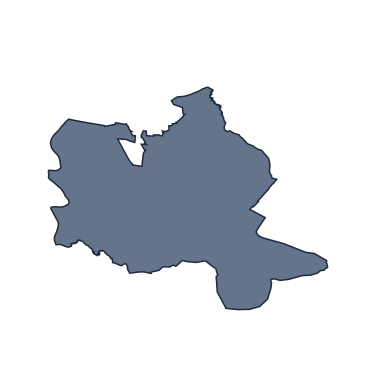 outline of Kauguru pag., Beverinas, Latvia, rotated 13°
{"feature_id": "27541924B64274415007914", "entity_name": "Kauguru pag.", "entity_type": "district", "adm_level": 2, "iso_a3": "LVA", "parent_name": "Latvia", "parent_adm1": "Beverinas", "projection": "natural_earth1", "projection_center": [25.472, 57.49], "detail": "fine", "context": "isolated", "style": "filled", "palette": "slate", "viewbox_px": 384, "rotation_deg": 13, "n_neighbors": 0, "source": "geoboundaries", "source_scale": "gbopen_adm2", "svg_char_len": 5931}
<svg xmlns="http://www.w3.org/2000/svg" viewBox="0 0 384 384"><g transform="rotate(13 192 192)"><path d="M189.3,87.9L188.3,87.5L184.7,86.6L183.8,86.4L183.1,86.6L179.4,89.0L176.5,91.7L168.5,97.4L163.3,100.3L160.8,101.3L157.1,102.3L155.8,103.1L151.4,107.6L154.4,110.9L163.7,111.8L165.4,117.2L166.4,118.3L167.5,118.0L164.8,123.0L161.7,127.2L161.8,127.5L160.8,127.8L161.4,128.7L157.4,130.1L157.9,130.8L157.4,131.9L156.5,132.3L154.5,132.8L155.7,136.3L153.0,139.1L149.5,139.3L150.9,140.7L150.2,140.6L150.5,141.1L150.5,141.6L150.4,144.1L147.0,144.1L146.8,143.8L141.5,145.2L141.5,145.4L142.0,146.2L135.2,147.4L133.7,143.0L130.9,143.3L129.8,147.9L130.0,148.1L130.1,149.8L130.5,149.8L130.8,150.5L131.7,150.5L134.2,153.1L135.4,154.6L134.8,154.9L134.7,155.2L136.7,156.0L131.8,156.9L136.8,162.2L137.3,162.0L136.8,162.9L136.1,164.7L136.0,166.8L137.4,178.3L128.1,179.0L128.0,178.4L125.9,177.2L124.4,175.9L121.1,172.4L107.5,157.0L116.0,155.6L119.8,156.3L125.1,156.6L124.2,150.0L123.3,149.9L121.5,150.6L118.5,146.8L118.6,146.6L119.3,146.5L118.0,146.0L117.1,145.4L116.2,144.5L115.3,142.5L114.4,142.2L112.6,140.4L111.1,141.3L110.8,141.2L103.2,141.6L102.5,141.8L102.1,141.7L101.7,142.1L102.1,143.4L92.1,147.7L91.7,147.0L70.2,148.3L56.7,148.8L55.8,148.6L54.9,149.5L52.8,152.7L51.7,155.0L50.3,157.1L48.7,161.1L45.4,166.2L44.0,169.1L43.1,172.0L43.0,175.0L43.4,177.1L43.8,177.9L45.3,180.6L47.6,182.8L53.4,186.7L53.9,187.2L55.4,189.6L56.6,192.0L57.1,193.6L58.4,196.4L58.5,198.4L57.2,200.2L55.7,201.2L54.4,201.8L52.6,202.3L50.3,202.5L48.0,202.9L47.5,203.3L47.4,203.7L47.4,204.1L48.5,207.3L48.8,209.6L49.0,210.2L49.5,210.9L51.6,212.2L54.8,213.5L59.6,216.2L63.5,218.2L66.6,220.9L68.0,222.5L69.5,224.5L73.2,227.3L73.9,228.2L74.3,229.0L74.5,230.0L74.5,230.9L74.2,231.7L71.8,233.9L70.0,235.2L68.5,235.9L66.7,236.4L61.6,237.2L58.9,238.2L58.2,238.6L58.0,239.0L58.2,239.9L58.5,240.4L59.9,241.7L62.3,244.6L67.8,250.7L68.6,252.2L69.1,253.6L69.3,254.7L69.3,258.3L68.9,262.2L68.1,265.8L68.2,267.6L68.9,270.3L71.3,273.8L73.6,273.4L75.4,272.7L83.1,273.7L85.2,273.0L86.5,272.1L86.7,271.3L86.4,270.2L85.8,269.9L86.4,269.4L86.9,269.4L87.2,269.2L88.5,268.8L88.1,268.6L88.6,268.5L88.6,268.1L89.1,267.9L89.2,268.4L90.3,268.1L90.6,267.2L90.9,267.0L90.7,266.9L90.8,266.6L91.4,266.6L91.5,266.5L91.3,266.3L91.6,265.9L91.2,265.5L91.7,264.9L91.7,264.5L92.0,264.4L92.1,264.6L92.3,264.6L93.4,264.2L93.5,264.5L94.0,264.6L94.1,264.3L95.0,264.4L95.2,264.6L96.8,264.8L97.3,265.0L98.2,266.0L101.0,267.4L101.6,267.6L102.8,267.6L103.3,267.8L104.1,268.6L104.6,268.9L105.8,269.5L107.2,269.8L107.5,270.4L107.9,270.5L107.8,271.0L109.0,272.1L108.7,272.2L108.7,272.4L109.0,272.4L109.0,272.8L109.5,272.7L109.3,273.0L109.7,273.3L109.7,273.7L109.9,274.0L110.2,273.8L110.5,274.1L110.9,274.0L111.1,274.5L111.5,274.5L112.0,274.8L113.0,274.6L113.2,274.9L113.8,275.2L113.8,274.9L114.2,274.8L114.3,274.3L115.0,274.2L115.5,274.3L115.8,274.1L116.0,273.1L115.5,273.1L115.4,272.8L115.1,272.8L115.3,272.6L114.7,272.6L114.4,272.4L114.5,272.3L114.9,272.3L115.0,272.0L114.9,271.9L114.9,271.6L114.5,271.6L114.3,270.7L115.2,270.5L115.6,270.0L115.8,270.0L116.1,269.7L116.4,270.0L116.6,270.0L116.9,269.9L116.7,269.7L117.0,269.6L116.9,269.4L118.0,269.1L119.9,269.7L121.0,270.8L123.2,272.1L126.4,273.3L127.9,275.2L129.1,274.6L130.6,278.7L131.9,278.5L138.7,279.7L139.6,279.7L140.5,279.1L141.2,278.0L143.6,276.7L145.0,278.0L145.8,279.0L146.1,279.5L146.2,280.9L147.3,282.7L148.6,283.9L149.4,285.1L149.8,285.0L158.4,281.8L162.0,280.9L163.8,280.6L170.4,280.6L170.6,279.0L177.4,275.8L180.5,271.5L187.4,270.0L189.2,268.0L191.0,267.5L192.9,268.0L194.7,265.7L197.9,261.0L203.7,260.9L210.1,259.9L211.4,259.9L220.4,256.0L228.9,260.0L232.3,261.2L235.8,267.3L235.7,267.6L234.7,268.7L234.6,269.0L239.2,283.9L249.9,296.0L251.0,297.6L252.6,297.6L263.4,296.2L274.5,293.4L283.7,288.3L289.8,279.2L290.5,267.5L289.9,262.6L288.5,260.3L288.5,259.7L288.7,259.4L291.5,258.1L297.8,258.3L305.8,255.4L318.1,248.7L326.1,246.4L332.7,242.7L334.7,239.8L338.4,238.5L339.2,236.4L340.7,235.4L341.0,235.0L341.0,234.5L338.8,230.2L338.7,228.8L338.5,228.5L325.0,224.4L316.6,225.2L292.9,221.7L270.8,220.7L266.7,219.6L266.2,219.4L263.3,216.5L265.5,209.9L269.1,200.5L252.2,196.0L254.2,192.5L255.1,192.7L258.7,186.7L258.8,186.6L258.0,186.3L259.0,184.6L266.0,171.9L266.5,170.0L268.6,166.2L269.4,165.3L270.2,163.3L271.6,161.1L271.8,160.5L266.8,160.4L266.1,159.5L265.9,158.3L263.7,156.4L263.2,155.0L262.5,153.3L262.5,151.7L261.7,147.5L259.0,141.9L254.6,138.8L251.1,136.2L249.5,135.6L247.2,135.6L242.8,134.4L241.6,133.5L235.1,132.5L231.7,130.0L228.6,128.0L226.6,127.3L225.0,125.7L223.1,125.7L219.2,125.2L214.9,123.9L212.8,125.2L209.7,124.2L208.7,121.7L208.9,119.1L209.3,117.2L206.9,114.8L206.2,112.9L205.7,112.1L203.7,110.5L203.6,110.2L204.3,110.0L203.7,109.3L203.4,109.4L203.1,109.3L203.3,109.1L203.2,108.8L203.6,108.4L203.2,107.9L203.4,107.6L202.6,107.1L202.6,106.9L201.4,105.9L201.4,105.6L200.4,104.3L199.9,104.1L200.2,103.9L200.0,103.7L200.4,103.5L200.1,103.2L200.4,102.6L200.7,102.5L200.5,102.4L200.1,102.3L200.3,101.8L199.9,101.8L200.1,101.5L200.0,101.4L199.8,101.4L199.5,101.5L199.3,101.2L198.8,101.3L198.4,101.1L198.2,101.1L198.1,101.5L197.3,101.1L197.2,101.3L197.4,101.5L196.6,101.4L196.3,101.1L196.1,101.3L195.2,101.1L195.1,100.9L194.8,101.0L194.5,100.5L193.8,100.5L193.4,99.9L193.4,99.7L193.7,99.8L193.8,99.6L193.7,99.5L193.4,99.5L193.2,99.3L193.7,99.3L193.9,99.2L193.7,99.0L193.0,99.1L192.7,98.9L192.8,98.7L192.0,98.5L191.7,98.2L191.2,98.4L191.1,98.1L191.3,97.9L191.2,97.9L191.5,97.7L191.1,97.6L190.8,97.4L190.8,97.0L190.9,96.8L190.2,96.7L190.3,96.3L190.8,95.8L189.7,95.7L189.1,96.1L188.5,96.2L188.6,95.9L188.4,95.7L188.5,95.4L187.9,94.6L188.1,94.0L188.3,93.8L187.7,93.6L187.7,93.4L187.9,93.1L188.3,92.9L188.1,92.6L188.5,92.2L189.0,92.1L188.8,91.9L188.8,91.5L188.6,91.5L187.7,90.6L188.3,90.2L187.9,90.1L188.1,89.7L188.8,89.6L188.8,89.3L189.4,89.0L189.5,88.7L189.2,88.6L189.1,88.4L189.3,87.9Z" fill="#64748b" stroke="#1e293b" stroke-width="1.5"/></g></svg>